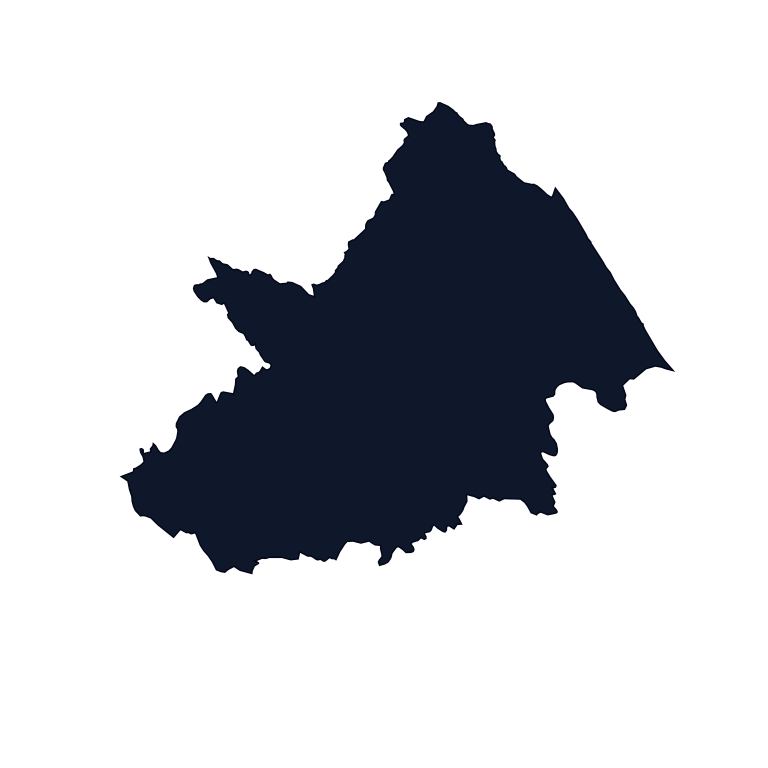 Vohipeno, Vatovavy-Fitovinany, Madagascar, rotated 313°
{"feature_id": "10022922B81120329184352", "entity_name": "Vohipeno", "entity_type": "district", "adm_level": 2, "iso_a3": "MDG", "parent_name": "Madagascar", "parent_adm1": "Vatovavy-Fitovinany", "projection": "equal_earth", "projection_center": [47.681, -22.341], "detail": "fine", "context": "isolated", "style": "filled", "palette": "ink", "viewbox_px": 768, "rotation_deg": 313, "n_neighbors": 0, "source": "geoboundaries", "source_scale": "gbopen_adm2", "svg_char_len": 6171}
<svg xmlns="http://www.w3.org/2000/svg" viewBox="0 0 768 768"><g transform="rotate(313 384 384)"><path d="M356.9,170.0L354.5,174.9L350.8,186.1L348.7,189.9L348.1,189.9L339.7,184.0L333.3,183.0L331.6,181.4L330.7,181.6L328.4,179.1L326.7,178.3L324.0,179.6L322.5,182.1L321.0,188.7L320.9,193.3L321.4,196.1L323.3,198.2L327.8,198.6L331.1,200.4L329.5,206.4L331.7,211.1L333.7,211.4L334.0,213.1L330.1,222.3L328.2,222.3L326.3,225.0L325.8,231.2L323.7,237.4L323.5,241.9L325.3,246.9L324.5,249.9L322.8,253.4L323.3,255.1L321.9,260.0L322.3,261.2L323.2,262.0L325.3,262.6L322.7,266.5L322.3,271.6L321.2,273.4L319.4,281.2L319.5,282.2L321.3,285.8L321.3,287.4L320.8,288.8L318.5,290.0L316.6,289.9L314.5,288.8L313.8,287.6L313.4,283.7L309.0,284.8L307.1,284.7L304.8,283.4L302.2,283.8L301.4,282.7L301.2,275.3L300.5,270.8L298.8,267.6L297.8,267.2L295.5,267.1L293.4,268.3L290.0,272.6L286.6,272.3L282.4,275.8L274.1,280.8L268.5,272.0L267.5,271.3L266.0,271.0L258.2,274.1L256.4,274.6L255.9,274.2L258.8,264.4L258.3,263.5L256.7,262.1L254.1,261.4L246.4,262.6L241.8,262.7L234.4,260.8L226.8,257.8L220.5,257.1L213.6,259.2L211.2,261.2L210.3,264.1L208.7,265.8L203.5,269.2L200.9,270.3L192.7,272.5L188.4,272.5L183.6,270.6L181.2,267.5L181.4,264.3L183.0,258.9L183.0,256.0L181.2,257.2L177.3,257.5L175.9,259.1L174.9,259.6L169.2,255.8L169.1,255.1L171.0,253.5L171.7,252.4L171.2,250.6L170.0,250.1L168.1,252.7L166.5,257.5L163.6,261.7L159.3,261.6L153.0,260.0L151.5,258.9L148.8,260.7L137.1,255.0L138.4,262.9L133.2,270.1L129.9,276.2L126.5,279.9L123.8,284.2L122.0,288.4L121.5,295.8L123.6,297.6L125.0,299.6L127.2,305.0L126.9,314.5L128.4,334.6L138.8,334.2L140.6,340.9L142.2,342.3L142.7,344.5L143.5,345.5L146.8,347.5L140.9,359.6L139.3,365.8L138.6,372.8L137.0,379.8L133.9,388.2L135.7,392.7L137.8,395.9L142.0,396.4L148.4,398.6L149.6,405.7L155.3,416.5L157.5,414.9L162.4,413.2L167.2,414.5L167.5,414.2L167.2,412.3L166.2,410.1L173.5,413.6L175.9,416.5L178.9,418.2L187.6,427.5L191.9,435.6L197.5,440.4L203.4,436.9L203.9,437.2L206.1,445.2L206.7,446.3L207.4,446.5L208.8,449.1L209.6,454.3L210.7,455.9L212.5,456.7L213.3,460.7L214.6,461.7L219.9,462.3L221.1,465.3L222.4,466.6L222.8,468.6L231.1,465.9L240.2,464.3L243.8,464.3L248.0,468.4L252.0,475.6L259.4,480.4L259.3,482.2L260.3,487.1L263.8,491.7L261.2,493.9L258.2,498.5L256.4,500.4L251.8,500.8L250.0,501.4L248.4,504.4L252.9,507.1L256.2,508.2L258.1,508.1L261.7,507.4L265.8,505.1L273.2,504.3L275.1,505.5L275.9,510.7L275.8,515.0L279.3,518.5L281.4,519.5L283.2,518.9L284.4,516.9L285.4,512.3L288.6,513.0L292.7,515.5L296.9,515.7L297.9,519.4L299.6,520.0L300.9,518.8L301.6,516.4L302.8,515.0L307.2,518.0L309.3,518.0L313.1,516.4L315.3,516.6L315.3,521.6L316.4,527.6L317.4,529.5L319.5,529.4L321.5,527.7L323.3,526.9L324.8,528.4L325.8,534.0L331.3,533.2L334.4,536.2L336.1,531.8L337.0,528.1L340.8,528.4L345.2,527.7L348.7,526.2L354.7,524.6L359.6,519.6L363.4,526.8L365.0,531.7L369.6,533.2L370.7,534.5L372.1,539.8L375.0,541.5L377.1,548.0L382.2,550.0L393.0,562.3L393.5,567.7L392.6,572.4L390.3,579.4L392.4,584.8L394.2,584.6L397.3,585.9L400.1,592.9L406.7,597.6L408.0,598.0L408.7,597.6L409.4,595.6L409.8,591.1L414.0,589.5L416.8,583.0L418.6,582.7L419.2,583.7L420.6,584.2L423.0,577.4L424.0,578.8L425.5,579.7L427.0,579.0L429.1,568.6L430.7,562.9L431.6,560.9L432.6,560.1L435.6,560.0L436.3,558.5L437.1,551.0L439.8,546.0L441.4,545.2L442.5,545.7L443.3,546.8L445.3,553.1L447.4,557.1L448.8,558.1L450.9,557.8L452.7,556.8L454.7,555.0L457.8,550.7L459.1,546.3L459.2,543.2L460.2,539.9L464.1,533.9L465.6,532.2L468.1,531.9L472.5,532.3L475.1,530.6L476.7,528.6L478.8,520.7L481.4,513.6L483.0,512.0L484.8,512.2L490.6,515.9L493.0,515.6L495.0,513.7L497.3,512.6L500.2,512.2L503.1,512.5L508.3,514.9L510.8,516.7L514.8,520.8L515.6,523.6L516.6,531.7L522.0,540.1L522.8,542.1L522.9,544.6L521.8,546.9L519.9,548.6L517.0,553.0L516.9,556.7L518.4,563.3L520.2,569.8L521.6,571.7L525.2,573.3L529.5,577.1L533.8,575.8L536.9,570.5L540.6,568.4L545.5,559.3L555.5,559.9L558.1,563.2L573.8,565.1L582.3,570.2L585.6,575.4L587.3,579.5L591.0,586.3L592.3,573.4L594.6,561.4L601.4,538.4L603.2,534.0L604.5,532.5L604.0,530.7L605.9,524.7L606.0,522.8L608.3,518.6L609.5,514.7L610.2,509.1L612.7,499.8L613.7,492.9L616.8,481.4L619.7,473.4L620.6,467.1L622.8,460.0L627.9,439.8L628.9,438.2L629.3,434.0L631.2,429.2L635.9,413.4L638.0,404.4L638.4,399.5L641.8,388.8L644.1,375.8L636.8,379.1L634.6,379.3L633.6,374.4L633.6,365.9L633.2,360.9L632.1,357.3L631.0,356.6L626.5,349.2L625.7,339.7L626.4,336.3L624.4,328.3L625.6,325.7L625.8,323.9L625.5,322.4L626.8,318.8L626.6,316.8L628.2,314.4L629.9,313.3L629.7,310.2L630.5,307.3L632.1,305.6L633.7,302.6L636.6,299.5L638.0,299.0L638.7,295.4L641.1,295.2L642.3,294.0L644.2,289.3L646.0,287.3L646.5,284.4L645.2,282.4L644.7,280.6L636.5,274.6L634.1,273.4L631.1,269.7L630.6,268.2L630.6,263.1L631.4,260.8L631.0,257.2L631.2,254.4L631.8,252.4L631.3,251.0L631.4,247.5L630.7,241.7L627.9,233.3L626.5,232.0L623.3,233.7L616.8,234.6L608.6,232.8L603.4,234.5L601.7,233.4L599.8,230.5L595.3,220.3L591.5,218.9L589.3,220.5L588.2,220.4L585.9,218.5L584.8,219.4L584.5,220.9L584.8,225.6L584.6,228.4L583.4,231.4L582.1,232.8L577.0,232.1L575.8,232.8L574.6,234.4L571.4,235.2L564.5,234.5L556.0,235.8L551.8,235.8L550.7,235.4L549.1,236.2L546.4,234.6L541.7,236.3L540.3,237.7L539.7,239.9L537.3,245.3L535.3,247.8L535.1,249.9L531.8,259.0L530.4,261.4L529.1,262.4L528.3,260.9L527.6,260.7L522.4,262.6L517.0,259.9L515.6,257.8L504.0,260.5L502.1,262.3L499.3,263.1L497.6,263.1L492.4,261.0L490.3,261.4L488.4,262.0L484.7,265.0L468.8,263.9L468.1,263.0L463.7,261.4L461.6,263.1L459.0,266.5L455.7,266.5L453.2,265.6L452.6,267.5L450.9,268.2L450.1,269.3L446.0,270.7L438.9,270.2L437.7,271.1L433.9,271.2L432.7,272.5L428.9,272.8L421.5,272.4L420.1,271.5L417.8,271.6L415.4,270.0L412.3,268.9L409.9,267.1L409.0,264.6L407.5,263.8L405.8,267.3L400.5,273.8L397.8,268.0L398.5,256.7L395.4,247.6L392.8,244.2L391.6,244.5L386.1,239.6L384.9,232.8L385.0,230.3L386.1,227.7L386.3,225.8L384.4,224.9L383.3,220.2L380.3,212.0L379.0,211.0L376.3,211.1L374.8,211.9L372.5,212.0L371.5,210.9L373.0,208.6L372.9,207.4L372.2,206.2L369.3,204.3L368.2,199.5L367.4,198.1L365.0,196.1L364.4,194.8L364.3,188.3L361.6,183.8L361.7,179.9L360.0,177.6L359.5,173.9L357.1,171.3L356.9,170.0Z" fill="#0f172a" stroke="#020617" stroke-width="1.5"/></g></svg>